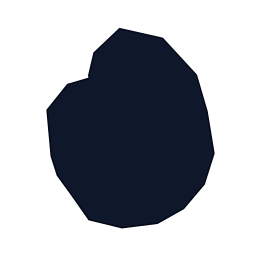 outline of Kaoze, Katanga, Democratic Republic of the Congo, rotated 79°
{"feature_id": "63176286B47747519497786", "entity_name": "Kaoze", "entity_type": "district", "adm_level": 2, "iso_a3": "COD", "parent_name": "Democratic Republic of the Congo", "parent_adm1": "Katanga", "projection": "orthographic", "projection_center": [29.779, -7.047], "detail": "fine", "context": "isolated", "style": "filled", "palette": "ink", "viewbox_px": 256, "rotation_deg": 79, "n_neighbors": 0, "source": "geoboundaries", "source_scale": "gbopen_adm2", "svg_char_len": 384}
<svg xmlns="http://www.w3.org/2000/svg" viewBox="0 0 256 256"><g transform="rotate(79 128 128)"><path d="M224.7,152.9L227.1,117.3L217.6,88.8L197.6,63.9L169.3,48.5L126.8,47.3L89.1,50.8L46.6,77.0L28.9,117.3L47.8,147.0L69.0,156.5L71.7,156.4L73.8,179.0L95.0,204.0L141.0,208.7L161.0,206.3L181.1,196.9L210.5,183.8L224.7,152.9Z" fill="#0f172a" stroke="#020617" stroke-width="1.5"/></g></svg>